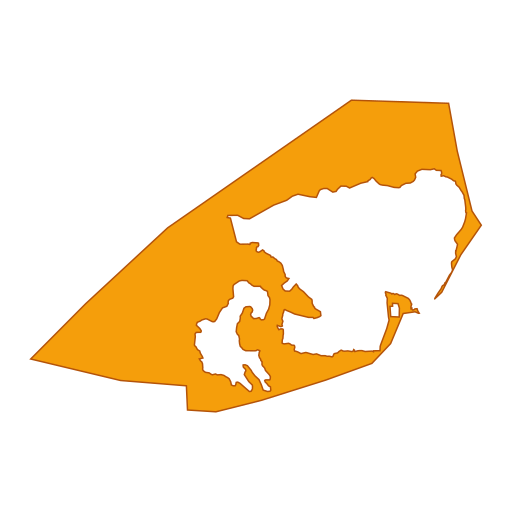 Zemam Out, Al Fayyum, Egypt
{"feature_id": "37247803B45128523411897", "entity_name": "Zemam Out", "entity_type": "district", "adm_level": 2, "iso_a3": "EGY", "parent_name": "Egypt", "parent_adm1": "Al Fayyum", "projection": "orthographic", "projection_center": [30.662, 29.347], "detail": "fine", "context": "isolated", "style": "filled", "palette": "amber", "viewbox_px": 512, "rotation_deg": 0, "n_neighbors": 0, "source": "geoboundaries", "source_scale": "gbopen_adm2", "svg_char_len": 6120}
<svg xmlns="http://www.w3.org/2000/svg" viewBox="0 0 512 512"><path d="M419.2,313.2L418.0,311.3L417.4,309.9L417.3,309.1L417.0,308.7L414.9,308.9L414.1,309.7L412.7,310.0L412.0,309.4L411.8,308.1L411.0,308.6L410.9,306.9L411.7,304.2L411.4,304.1L410.4,301.3L409.6,299.9L408.3,298.4L402.5,295.5L401.2,295.2L399.7,295.4L397.5,294.1L396.2,293.8L394.7,294.5L393.6,293.6L392.8,293.5L391.9,294.0L390.9,293.2L385.7,291.7L385.4,292.1L385.4,292.9L386.0,294.3L385.8,295.2L387.3,298.3L387.1,302.9L388.5,317.0L389.1,320.1L386.7,328.7L380.6,345.0L380.2,346.4L380.0,350.7L373.6,350.8L373.5,351.7L372.0,351.1L365.1,351.5L361.9,350.6L359.6,350.6L357.7,350.8L354.8,351.6L354.5,351.3L354.5,350.2L353.7,349.6L353.3,350.9L352.0,351.6L347.8,350.9L344.6,351.2L342.9,351.0L341.5,350.2L341.0,350.2L339.0,351.5L337.6,352.9L334.4,353.6L333.9,354.0L332.9,356.4L332.0,356.9L329.4,356.2L327.1,356.3L325.2,355.7L321.1,355.7L316.6,353.9L313.1,354.5L306.5,352.6L305.6,352.5L301.0,353.6L297.7,351.9L295.7,351.2L294.6,351.1L294.2,349.4L294.8,347.3L294.6,346.0L294.1,345.3L291.6,345.1L290.2,344.0L288.6,343.3L284.1,343.9L282.3,343.3L282.1,342.9L282.3,339.9L282.9,338.3L283.1,335.2L283.4,334.0L283.3,329.8L283.0,329.2L282.1,328.9L280.6,328.9L278.9,329.7L277.8,328.0L277.1,326.1L277.3,325.3L280.6,326.6L282.0,326.3L282.4,325.9L281.9,324.5L282.9,321.2L282.1,319.5L281.9,318.4L282.7,315.5L282.8,314.0L283.7,311.8L283.8,310.8L284.3,310.1L284.2,309.9L284.9,309.5L285.2,309.6L286.2,310.3L290.4,312.0L294.6,314.0L308.6,317.4L313.0,317.4L313.9,318.5L317.3,317.6L319.6,316.6L320.6,315.9L320.9,315.6L320.4,311.7L314.9,308.5L314.5,307.1L313.8,306.7L312.2,303.4L312.1,300.6L311.8,299.4L308.4,296.9L303.5,291.7L299.8,289.0L298.2,287.2L297.6,285.6L296.2,284.0L293.4,286.9L291.8,289.2L289.6,291.2L285.2,291.0L283.0,289.0L281.6,285.5L284.3,283.0L287.2,281.0L288.9,278.5L286.6,278.0L286.0,277.6L285.2,276.4L285.1,274.5L283.5,271.2L283.5,270.2L282.3,265.4L280.8,263.1L278.6,261.5L277.4,261.1L276.4,259.5L275.0,258.8L272.9,257.0L271.2,257.1L270.9,256.8L270.6,255.5L266.2,253.3L264.3,251.9L264.1,251.0L262.6,249.9L259.8,251.8L258.4,252.3L257.1,251.8L256.2,250.9L256.1,249.9L256.5,248.9L256.4,247.9L256.6,247.3L256.8,247.0L257.9,246.7L258.7,245.4L258.5,243.2L257.9,242.9L252.3,242.5L250.2,243.2L250.1,244.2L249.8,244.5L248.1,244.1L240.6,244.2L239.8,244.1L236.5,241.8L230.4,218.1L227.2,217.5L227.9,215.4L237.7,215.3L243.7,218.5L249.5,218.8L273.7,205.1L286.8,200.2L292.3,196.2L298.0,194.2L309.8,196.7L316.4,197.4L319.2,190.9L320.4,189.6L323.7,188.5L327.2,188.5L332.8,192.1L336.1,191.4L337.5,189.3L340.9,186.1L346.3,186.2L349.6,188.0L360.8,183.2L367.8,181.6L368.0,180.7L370.0,179.6L371.1,178.1L372.2,177.4L374.0,178.5L376.1,181.1L379.1,183.9L380.3,184.6L382.4,185.1L387.5,185.6L394.1,187.4L398.8,187.7L399.9,187.4L401.4,185.5L405.0,183.7L405.9,183.3L410.3,183.0L413.2,181.4L414.5,180.0L415.7,177.3L415.1,173.9L417.4,171.1L421.9,169.3L430.3,169.7L434.3,168.8L436.3,170.3L441.0,170.5L441.6,172.2L441.6,173.9L441.0,174.8L441.2,176.2L443.6,175.7L445.8,176.8L447.3,177.0L451.7,179.2L453.5,180.7L455.3,181.2L455.6,181.8L455.9,183.9L456.8,185.2L459.2,187.3L461.2,190.7L461.9,191.5L464.0,195.3L464.3,198.5L464.8,199.7L465.7,207.1L465.8,209.5L465.6,210.7L465.9,212.6L466.5,212.8L465.5,218.9L464.7,221.8L462.6,227.2L461.2,229.4L456.6,234.7L454.4,238.0L454.7,239.9L455.2,241.1L457.5,244.2L457.2,246.0L455.9,251.2L455.7,251.1L455.6,253.2L456.4,256.7L455.4,258.8L451.9,261.6L451.6,262.2L451.5,263.6L451.8,266.9L452.6,270.0L451.6,272.4L449.5,275.1L445.7,282.4L445.0,282.7L444.9,283.3L443.7,285.2L442.6,285.6L442.0,286.5L441.1,288.7L437.9,293.3L434.8,298.4L434.9,298.7L437.8,296.0L441.7,292.3L460.8,254.8L481.3,225.2L472.0,211.0L457.2,150.9L448.6,103.3L351.4,100.2L167.7,227.8L85.7,303.7L30.7,359.0L120.6,380.5L186.4,385.8L187.5,410.0L215.9,411.8L261.5,400.3L325.7,380.1L371.9,363.4L390.6,343.6L403.2,313.5L415.1,311.8L418.5,313.3L419.2,313.2ZM254.0,286.3L260.5,286.3L260.9,287.2L263.1,289.2L264.3,290.1L266.6,290.8L267.5,291.7L268.0,295.6L269.5,297.6L270.0,299.8L269.8,304.8L268.6,309.2L266.4,313.3L264.5,319.1L263.4,319.7L261.5,319.9L260.4,319.3L259.8,318.1L259.1,317.6L256.3,318.5L253.5,318.6L252.4,317.2L251.3,316.6L250.6,314.5L251.3,312.6L252.1,312.1L252.7,310.1L252.2,308.6L250.7,306.8L249.7,306.5L245.9,306.8L244.0,308.2L242.3,313.1L240.2,316.2L240.3,318.1L239.7,321.4L237.4,323.7L236.6,327.7L236.2,331.7L237.5,334.5L238.4,335.1L238.9,336.1L239.5,339.0L239.3,340.8L239.6,343.7L240.3,346.4L241.6,347.6L243.0,349.4L245.7,350.7L254.3,350.8L256.0,350.7L257.4,349.8L259.0,350.3L259.9,350.9L259.3,352.1L258.8,355.3L259.5,357.7L260.5,358.9L260.9,360.5L262.0,361.7L262.0,364.6L262.6,365.9L263.5,366.7L264.7,368.2L265.5,370.5L269.3,374.7L270.4,376.7L270.2,379.0L269.7,379.9L265.7,379.9L264.7,380.4L265.2,382.0L266.7,383.4L268.6,385.9L270.4,386.7L270.8,390.2L270.1,391.2L267.5,391.5L263.2,390.1L261.3,384.7L259.0,379.6L254.9,375.8L252.1,372.2L251.2,370.4L247.4,365.7L245.2,364.8L243.2,364.9L243.1,365.9L243.5,367.4L245.0,368.7L245.8,370.1L245.8,371.0L245.1,372.0L244.3,374.6L248.8,381.6L252.3,385.0L252.5,386.4L252.4,389.0L251.1,391.3L249.3,391.5L240.1,383.4L238.4,382.4L237.4,382.1L236.2,382.4L235.8,384.6L235.1,385.8L233.2,385.8L231.4,385.0L230.7,381.8L229.1,378.7L227.6,377.6L226.0,376.8L223.9,375.4L221.0,374.6L217.4,374.9L215.5,374.0L212.3,374.8L210.8,374.1L209.2,372.9L205.4,372.3L203.5,370.9L202.9,370.1L202.6,369.0L202.8,367.9L202.5,363.7L201.7,361.8L200.6,361.0L199.3,358.9L202.9,358.0L202.3,356.5L200.4,353.3L199.7,351.0L198.0,350.0L197.0,348.9L196.1,347.0L194.7,345.7L194.4,345.0L195.3,336.7L195.0,334.0L196.2,332.4L200.6,332.3L201.1,331.8L201.2,331.1L201.2,330.7L199.8,328.5L196.4,325.3L196.6,323.9L197.3,322.3L200.2,321.1L201.8,320.0L205.5,318.8L207.1,319.0L212.0,321.5L213.1,321.8L214.7,321.5L216.7,318.9L219.4,312.5L222.5,307.9L226.8,306.3L228.3,303.4L228.1,302.3L228.4,300.5L229.9,299.2L232.7,298.2L233.6,296.7L232.9,288.7L233.1,285.8L234.0,284.5L239.4,280.9L242.0,280.4L247.1,280.7L248.9,282.9L250.5,283.8L251.7,285.0L254.0,286.3ZM399.4,308.1L399.2,317.0L390.7,316.6L390.0,306.4L392.6,306.2L392.5,303.3L398.0,303.6L399.4,308.1Z" fill="#f59e0b" stroke="#b45309" stroke-width="1.5"/></svg>